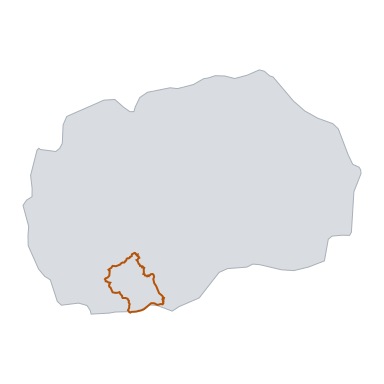 location of Bitola, Bitola, North Macedonia
{"feature_id": "65306769B29228652763838", "entity_name": "Bitola", "entity_type": "district", "adm_level": 2, "iso_a3": "MKD", "parent_name": "North Macedonia", "parent_adm1": "Bitola", "projection": "robinson", "projection_center": [21.305, 41.044], "detail": "fine", "context": "in_parent", "style": "outline", "palette": "amber", "viewbox_px": 384, "rotation_deg": 0, "n_neighbors": 0, "source": "geoboundaries", "source_scale": "gbopen_adm2", "svg_char_len": 2846}
<svg xmlns="http://www.w3.org/2000/svg" viewBox="0 0 384 384"><path d="M170.2,87.8L177.6,88.6L193.5,84.5L203.4,78.8L208.5,77.9L215.2,75.7L224.8,76.0L234.7,78.5L247.1,75.2L259.3,69.9L264.3,71.2L269.6,75.8L273.1,77.0L293.5,101.1L304.7,110.9L317.9,118.3L332.9,123.7L338.3,128.9L348.1,154.6L352.7,164.3L359.1,167.2L360.7,170.0L361.0,173.7L353.9,191.7L351.4,232.2L349.6,235.4L342.1,235.2L332.1,236.1L328.3,239.2L324.4,260.9L308.4,267.1L293.8,270.6L281.5,269.8L259.9,264.7L252.8,264.1L246.8,267.1L227.5,268.6L219.1,272.4L199.2,297.9L179.1,306.6L172.2,311.1L156.8,305.4L149.4,304.9L138.8,311.4L115.4,312.0L109.1,313.1L91.1,314.1L90.3,310.6L87.0,305.5L78.6,303.1L61.4,305.2L57.3,301.4L50.3,279.8L44.7,276.4L38.6,269.1L28.2,245.7L28.0,235.4L28.7,226.4L23.0,205.4L26.6,200.1L32.0,196.7L32.1,188.3L30.6,175.4L37.0,150.2L38.8,148.3L40.4,149.5L55.8,151.5L59.7,148.3L62.3,143.4L63.1,124.9L66.8,116.4L104.0,100.1L114.9,99.5L123.3,107.0L129.9,111.7L133.9,111.6L135.3,106.8L139.8,97.5L147.4,92.3L170.0,87.8L170.2,87.8Z" fill="#d9dde1" stroke="#a8b0b8" stroke-width="1"/><path d="M152.7,274.0L150.8,274.2L150.0,275.2L149.0,275.3L148.8,276.1L147.7,275.7L147.4,276.3L147.1,276.3L147.0,275.9L144.9,275.4L144.5,274.2L143.4,274.0L143.9,272.5L143.7,269.6L144.2,267.8L143.1,267.6L143.4,267.4L142.5,266.3L141.6,266.6L140.9,265.9L140.0,265.9L139.7,264.5L138.6,263.8L137.8,261.4L136.6,260.1L137.7,259.7L138.2,258.4L139.3,257.8L138.5,256.4L137.5,256.0L137.7,254.5L136.5,254.9L135.7,254.1L135.8,253.7L135.3,253.1L134.4,252.9L134.2,253.1L131.9,254.3L131.7,256.2L130.0,256.9L129.9,257.5L128.7,258.4L128.0,258.2L126.7,258.7L126.1,260.7L125.1,261.2L124.8,262.1L124.3,262.5L122.5,262.5L120.6,263.7L120.3,264.5L116.0,266.2L112.6,265.9L111.2,267.9L108.5,269.7L109.2,270.7L109.7,270.9L109.3,275.7L107.7,277.5L105.5,278.4L104.9,279.2L105.7,280.5L105.7,281.3L107.3,281.6L108.0,282.3L110.2,282.7L109.5,283.6L109.6,284.3L109.0,285.3L109.0,285.9L109.7,287.2L110.5,287.5L112.6,292.3L115.7,292.9L117.9,292.7L119.5,292.1L120.3,294.0L122.1,295.8L122.1,296.9L122.7,298.0L125.7,298.0L127.7,298.8L128.0,299.8L128.9,300.7L128.7,302.4L129.7,304.1L129.2,305.6L129.2,307.9L128.0,310.2L128.5,310.6L128.7,311.2L129.0,311.7L129.4,312.2L130.3,312.6L130.6,312.4L131.5,311.9L132.4,311.8L133.9,311.8L134.9,311.7L136.0,311.6L137.1,311.4L137.8,311.2L138.6,310.8L139.0,310.8L139.4,310.8L139.9,310.7L140.2,310.6L141.5,310.3L141.8,310.1L143.2,309.6L144.4,308.9L147.4,306.4L147.6,306.2L149.5,304.6L151.0,303.3L152.2,303.2L152.9,303.2L154.2,303.3L154.3,303.3L157.4,304.9L157.5,304.9L159.5,304.4L160.9,304.0L162.6,304.3L163.3,303.4L163.0,302.8L163.5,301.8L163.0,301.3L163.3,300.7L162.7,300.0L162.5,299.4L163.7,299.0L164.0,297.9L162.8,297.6L162.9,296.8L162.2,295.7L159.1,293.2L156.2,286.1L154.2,283.1L153.3,279.1L154.1,276.9L154.0,276.1L153.6,275.0L152.7,274.0Z" fill="none" stroke="#b45309" stroke-width="2"/></svg>